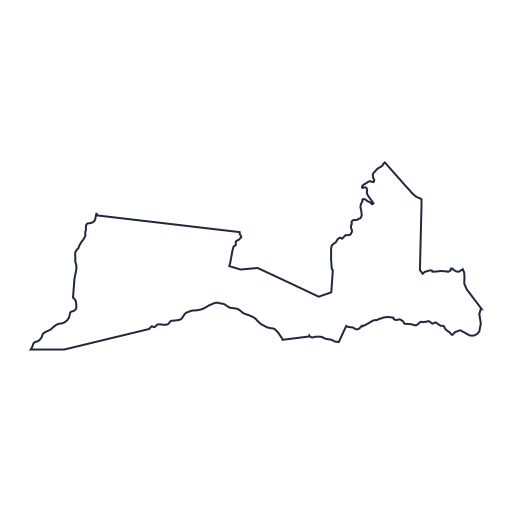 Bois Joli, Dennery, Saint Lucia
{"feature_id": "8701671B16318499791123", "entity_name": "Bois Joli", "entity_type": "district", "adm_level": 2, "iso_a3": "LCA", "parent_name": "Saint Lucia", "parent_adm1": "Dennery", "projection": "natural_earth1", "projection_center": [-60.911, 13.922], "detail": "fine", "context": "isolated", "style": "outline", "palette": "slate", "viewbox_px": 512, "rotation_deg": 0, "n_neighbors": 0, "source": "geoboundaries", "source_scale": "gbopen_adm2", "svg_char_len": 5982}
<svg xmlns="http://www.w3.org/2000/svg" viewBox="0 0 512 512"><path d="M480.8,323.6L479.3,314.0L481.0,308.5L481.3,308.6L466.7,289.3L464.3,283.8L464.3,281.9L464.5,276.7L464.1,272.4L462.8,269.3L458.8,271.7L456.4,271.5L454.3,270.3L452.3,268.6L450.9,268.6L450.7,270.3L448.0,271.9L447.4,271.5L440.9,271.0L436.7,271.5L432.4,271.7L431.8,270.5L430.2,270.3L424.7,271.9L422.7,273.8L419.9,270.0L420.0,266.5L421.5,205.5L421.5,199.3L420.5,198.6L419.5,198.1L417.4,197.3L416.2,196.7L414.9,195.7L411.8,192.9L409.2,189.8L405.1,185.4L400.7,180.3L397.8,177.1L396.1,175.2L391.5,170.0L384.9,162.5L384.3,163.2L383.7,163.5L383.1,164.2L382.7,165.0L382.6,165.4L381.9,166.1L381.1,166.7L380.6,166.9L379.9,167.2L379.2,167.7L378.5,168.1L376.8,169.3L375.3,171.2L373.9,172.5L373.6,172.9L373.2,173.6L372.8,174.6L372.8,175.4L373.1,177.7L373.7,179.0L374.2,179.8L374.3,180.4L374.2,180.6L373.7,181.8L373.3,182.1L373.0,182.1L371.1,181.5L370.0,181.2L369.7,181.2L369.2,181.4L367.7,182.1L366.8,182.8L365.4,183.7L364.9,183.9L363.3,184.9L362.9,185.3L362.6,185.7L362.1,186.7L362.0,187.6L362.3,187.9L362.7,187.9L364.2,187.4L365.0,187.3L365.9,187.6L366.6,188.3L367.2,189.8L366.9,191.6L366.9,193.1L367.5,194.9L373.5,203.3L373.4,203.5L373.0,203.7L372.5,204.1L371.8,204.0L371.5,203.8L371.2,203.4L370.7,202.8L370.4,202.5L367.9,201.4L367.5,201.2L367.0,200.7L365.3,199.5L364.6,199.2L363.4,199.1L363.0,199.2L362.7,199.3L362.4,199.7L362.3,200.2L362.5,200.9L362.5,201.2L361.8,202.3L360.8,204.5L360.5,206.4L360.5,207.7L361.1,209.9L361.7,214.6L361.7,215.2L361.5,216.0L361.1,217.0L360.7,217.9L360.2,218.3L359.7,218.5L358.6,218.8L357.7,219.6L357.0,219.8L356.3,219.9L355.0,220.0L354.2,220.1L353.5,220.2L352.5,220.6L352.0,221.1L351.7,221.7L351.6,222.3L351.6,223.4L351.8,223.8L351.7,224.2L351.0,225.8L350.9,226.3L351.1,228.0L351.5,229.0L351.9,230.8L352.0,231.5L351.9,232.0L350.9,233.6L350.7,234.1L350.6,234.4L349.1,235.1L345.6,235.1L342.1,238.7L340.2,237.6L337.8,239.0L335.7,242.4L333.4,243.9L331.8,245.5L331.1,248.3L331.1,259.6L331.8,269.1L332.8,270.3L331.3,292.3L318.7,296.7L284.2,280.4L257.7,268.0L240.5,269.5L229.3,266.1L229.5,265.1L230.2,262.9L230.9,259.2L232.4,250.7L233.6,246.5L235.7,245.2L235.8,241.5L236.4,241.0L239.1,239.5L241.3,237.1L240.7,235.5L239.7,234.0L239.8,232.4L240.4,232.2L97.0,215.4L96.6,212.9L96.2,214.4L95.2,219.2L94.6,220.8L92.4,222.5L89.9,223.2L87.6,223.4L86.4,224.5L85.9,225.8L85.9,228.0L86.0,229.6L85.3,232.0L85.2,233.9L85.5,235.1L85.0,236.5L84.2,237.9L83.4,239.6L82.2,240.8L81.3,242.2L80.1,244.2L78.9,246.4L78.3,248.4L77.3,249.2L76.1,250.7L75.3,252.5L75.1,254.3L75.3,256.2L75.3,258.9L75.2,261.2L75.6,263.0L76.3,265.0L76.4,267.2L76.3,269.3L75.8,272.4L75.1,275.3L74.7,277.4L74.4,279.7L73.0,297.6L74.6,299.1L75.5,300.6L76.0,301.9L76.3,305.1L76.3,307.9L75.6,309.5L73.6,311.0L71.4,311.6L70.3,312.4L69.8,314.1L69.1,317.4L67.0,320.5L64.3,322.5L62.4,323.3L58.4,323.9L56.6,324.7L53.9,326.6L52.2,328.1L50.6,329.6L45.1,332.2L43.2,333.5L42.5,334.7L41.8,337.0L40.0,339.5L38.3,341.0L37.0,341.5L35.3,342.0L34.3,342.5L33.3,343.7L32.6,345.8L31.9,347.5L31.3,348.6L30.7,349.5L64.4,349.5L149.1,329.0L151.5,326.4L151.8,326.3L152.0,326.3L153.8,327.1L154.2,327.1L154.4,327.1L154.8,326.9L155.6,326.3L157.0,324.8L157.6,324.5L158.3,324.4L159.6,324.3L160.0,324.3L162.4,324.7L163.4,324.7L163.6,324.8L165.3,324.8L166.4,324.6L167.6,324.3L168.5,323.7L169.1,323.1L169.6,322.2L170.5,321.2L170.8,321.1L171.8,320.8L173.2,320.6L176.0,320.4L178.7,320.0L180.1,319.6L181.0,319.1L181.7,318.4L182.2,317.9L183.5,315.8L184.8,314.0L185.7,313.1L186.5,312.6L190.2,311.2L191.3,310.8L192.5,310.6L193.0,310.5L195.9,310.4L198.0,310.1L200.4,309.6L202.1,309.1L203.2,308.7L204.1,308.2L206.0,307.2L208.3,305.8L209.4,305.2L211.8,304.2L213.4,303.5L215.2,302.9L216.0,302.8L216.7,302.8L217.0,302.7L217.5,302.7L219.4,303.2L223.0,303.8L223.7,304.0L224.6,304.4L227.8,306.6L229.0,307.2L230.1,307.8L234.2,308.3L235.2,308.4L237.0,308.8L237.8,309.1L238.8,309.6L239.1,309.9L239.4,310.0L241.1,311.3L242.6,312.7L243.6,313.3L245.3,314.0L247.4,314.7L249.1,315.3L252.5,316.8L253.8,317.5L256.0,319.2L257.2,320.6L259.8,323.1L261.0,324.0L261.8,324.6L263.3,325.3L266.3,327.0L267.5,327.5L268.3,327.7L268.7,327.7L270.9,328.2L272.2,328.3L273.8,328.7L274.4,328.9L275.2,329.5L275.8,330.2L277.3,331.6L278.5,333.1L279.2,334.1L280.1,335.5L281.8,338.0L282.5,339.4L282.6,339.8L309.0,336.5L309.3,335.6L309.8,336.4L311.5,337.4L312.9,337.4L314.4,336.9L318.1,336.6L322.0,336.9L323.0,337.7L325.7,338.8L330.2,339.5L332.2,340.1L335.0,341.6L338.8,342.0L346.2,326.0L346.8,326.5L347.9,326.8L350.1,327.2L352.3,327.4L353.5,327.8L355.1,328.9L356.2,329.3L357.2,329.3L358.4,329.0L359.4,328.4L361.9,325.8L362.3,326.1L362.6,326.3L363.3,325.8L366.1,324.6L371.2,321.6L372.8,320.7L373.7,320.4L374.5,320.1L374.9,320.1L376.6,320.1L377.0,320.0L377.4,319.9L378.9,319.0L381.0,318.5L383.5,317.5L383.9,317.4L384.8,317.3L388.2,317.0L389.5,317.1L390.8,317.4L392.5,317.5L393.4,317.7L393.6,318.1L393.6,318.6L393.7,319.1L394.0,319.4L395.2,319.8L396.5,320.0L399.4,319.4L399.8,319.4L400.2,319.5L402.2,320.7L402.9,321.2L403.2,321.5L403.8,322.7L404.3,323.5L404.7,323.8L405.1,323.9L406.1,323.9L407.8,323.9L410.9,324.2L411.8,324.4L413.0,324.8L413.9,325.0L414.7,325.3L415.1,325.3L415.9,325.2L416.4,325.1L417.1,324.8L418.2,324.0L419.4,322.7L420.2,322.2L420.6,322.0L421.0,321.9L421.9,321.8L423.2,322.1L423.6,322.1L424.8,321.8L425.7,321.9L426.1,321.8L427.7,321.3L428.6,321.1L429.0,321.3L429.3,321.4L431.9,323.3L432.3,323.6L432.7,323.6L433.9,323.1L434.7,322.6L435.1,322.5L435.5,322.5L435.9,322.5L436.3,322.8L439.6,325.1L440.4,325.6L441.2,325.8L442.0,325.9L443.3,325.9L443.7,326.1L444.0,326.3L444.3,326.7L444.3,327.2L445.5,329.2L446.1,329.8L446.8,330.4L449.8,332.5L450.1,332.8L450.9,333.9L451.2,334.3L452.0,334.7L452.2,334.9L452.4,334.9L455.0,332.2L456.2,331.6L457.4,331.3L458.6,330.7L459.8,330.4L460.5,330.4L461.2,330.7L462.3,331.4L464.3,332.4L467.7,334.4L469.7,335.4L470.6,335.6L471.0,335.6L473.1,335.6L473.8,335.6L475.0,335.1L477.0,334.0L477.7,333.4L478.8,332.0L479.3,331.4L480.8,323.6Z" fill="none" stroke="#1e293b" stroke-width="2"/></svg>